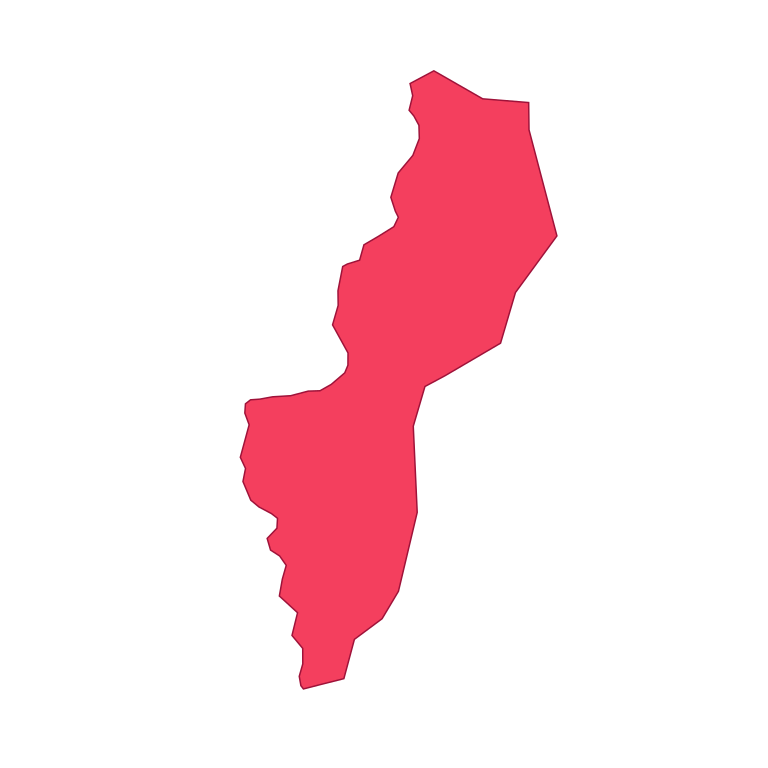 Casupá, Florida, Uruguay (Mercator projection), rotated 195°
{"feature_id": "84410073B34818578837799", "entity_name": "Casupá", "entity_type": "district", "adm_level": 2, "iso_a3": "URY", "parent_name": "Uruguay", "parent_adm1": "Florida", "projection": "mercator", "projection_center": [-55.622, -34.095], "detail": "fine", "context": "isolated", "style": "filled", "palette": "rose", "viewbox_px": 768, "rotation_deg": 195, "n_neighbors": 0, "source": "geoboundaries", "source_scale": "gbopen_adm2", "svg_char_len": 1029}
<svg xmlns="http://www.w3.org/2000/svg" viewBox="0 0 768 768"><g transform="rotate(195 384 384)"><path d="M436.6,681.0L430.9,669.9L430.6,654.9L424.5,650.6L417.2,642.9L413.4,630.2L415.3,612.3L424.9,591.5L425.7,566.1L417.8,553.9L413.3,548.8L415.2,538.5L427.8,525.0L439.4,513.3L439.6,497.3L450.5,490.4L454.3,486.8L452.6,462.2L448.6,448.0L449.0,427.8L426.8,404.7L423.7,392.8L424.8,384.6L434.9,369.9L444.1,360.9L455.4,357.5L471.2,348.5L488.3,342.8L500.1,337.2L508.8,334.2L512.7,329.0L510.9,319.9L503.7,309.7L503.8,276.0L495.9,266.6L495.0,253.3L482.6,237.3L472.8,232.8L459.2,229.7L452.1,226.7L450.1,217.0L454.2,209.5L456.9,204.6L450.6,194.2L440.3,190.9L431.5,183.5L431.7,169.2L430.2,152.1L408.3,140.7L407.8,117.3L394.1,107.6L390.0,92.6L390.2,79.7L386.2,71.1L382.9,68.6L367.3,77.4L346.5,89.0L346.5,129.7L325.1,156.8L316.4,187.5L318.7,268.6L344.8,350.8L343.8,392.2L327.1,407.9L282.0,453.6L280.7,506.4L255.3,571.8L309.7,667.0L317.1,693.3L362.5,685.0L416.9,699.4L436.6,681.0Z" fill="#f43f5e" stroke="#9f1239" stroke-width="1.5"/></g></svg>